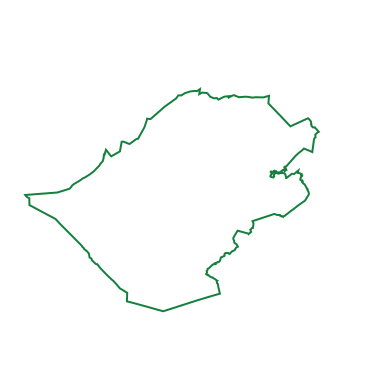 Ocuilan, México, Mexico (Natural Earth projection), rotated 233°
{"feature_id": "50627088B51709543913747", "entity_name": "Ocuilan", "entity_type": "district", "adm_level": 2, "iso_a3": "MEX", "parent_name": "Mexico", "parent_adm1": "México", "projection": "natural_earth1", "projection_center": [-99.429, 19.001], "detail": "fine", "context": "isolated", "style": "outline", "palette": "green", "viewbox_px": 384, "rotation_deg": 233, "n_neighbors": 0, "source": "geoboundaries", "source_scale": "gbopen_adm2", "svg_char_len": 5881}
<svg xmlns="http://www.w3.org/2000/svg" viewBox="0 0 384 384"><g transform="rotate(233 192 192)"><path d="M279.4,54.3L252.5,66.8L245.4,67.5L215.0,71.7L214.8,71.7L214.2,71.5L213.9,71.4L213.7,71.4L213.4,71.6L213.2,71.7L212.6,71.8L212.3,71.8L211.9,71.7L211.3,71.5L211.1,71.6L209.6,72.1L209.3,72.1L208.9,72.1L208.2,72.4L207.3,72.5L206.4,72.5L205.6,72.6L205.4,72.7L205.1,72.7L204.2,72.2L203.5,72.0L202.7,71.4L201.7,71.1L201.6,70.9L201.2,70.8L200.6,71.1L200.1,71.4L199.5,71.5L198.8,71.5L198.0,71.0L195.9,71.3L195.4,71.3L194.3,71.6L192.7,71.8L191.5,72.4L191.3,72.9L191.2,72.9L189.5,73.0L187.7,72.9L186.9,73.0L185.9,73.0L183.7,73.3L177.6,74.0L175.3,74.4L170.2,75.2L168.4,75.7L164.5,76.1L158.5,76.4L150.5,79.6L143.8,74.2L137.1,79.6L114.1,97.2L102.0,131.9L96.6,146.5L94.0,153.1L99.9,155.7L103.2,157.3L104.0,157.1L105.8,158.0L105.8,158.8L106.5,158.5L107.1,158.4L109.9,157.4L110.3,157.3L110.7,157.2L110.9,157.2L111.1,156.8L111.5,156.5L112.0,156.5L113.0,155.8L113.6,155.5L114.2,155.3L115.1,155.3L115.2,155.2L115.7,155.0L116.0,155.0L116.1,154.6L117.3,154.0L118.0,153.9L118.2,154.1L118.2,154.4L118.4,155.1L118.5,155.5L120.0,156.1L120.3,157.2L121.3,158.4L121.0,159.0L120.9,159.4L120.9,159.9L121.1,160.8L121.3,161.9L121.2,162.5L121.5,163.4L121.4,164.1L121.5,164.7L121.4,165.0L121.5,165.6L121.4,165.8L121.2,166.3L120.8,166.6L120.5,167.2L120.3,167.2L120.2,167.5L120.5,167.6L120.8,167.8L120.9,168.0L121.1,168.0L120.9,168.4L120.8,168.6L120.6,169.2L120.5,169.7L120.7,170.2L120.2,170.5L120.1,170.9L120.0,171.7L120.1,172.5L120.4,173.1L120.4,173.3L120.5,173.4L121.2,174.1L121.8,174.9L122.3,175.8L122.3,176.3L121.9,177.3L121.8,177.9L121.8,178.3L121.5,178.8L121.4,179.2L121.8,179.6L121.9,180.0L122.1,180.2L122.4,180.2L123.1,181.0L123.1,181.5L123.1,181.8L122.9,182.3L122.9,182.5L122.5,183.0L122.2,183.1L122.0,183.7L121.7,183.9L121.3,184.3L120.6,184.4L119.9,184.6L119.9,185.2L120.1,185.8L120.4,187.9L120.5,188.4L120.4,189.0L120.2,189.5L120.1,190.2L119.9,190.9L119.8,191.1L120.2,191.9L120.4,192.1L121.0,193.8L120.9,194.5L120.7,195.7L123.4,196.1L124.2,196.0L124.7,195.6L125.5,195.3L125.8,195.3L127.2,195.9L127.9,196.4L128.6,196.5L129.0,196.5L129.4,196.6L129.9,197.0L130.5,197.4L133.7,205.1L124.6,212.2L124.4,212.1L124.5,215.2L126.7,215.8L126.7,216.6L127.0,217.2L127.1,217.9L127.0,218.6L127.2,219.1L126.9,219.2L129.7,222.1L132.3,222.8L124.9,244.6L122.4,246.2L120.8,248.4L119.9,248.1L119.7,248.3L119.2,248.5L119.0,248.9L118.5,248.8L118.2,249.1L118.0,249.8L117.5,249.9L117.7,250.2L117.3,250.8L117.4,251.1L117.1,252.2L117.2,252.7L117.3,252.9L117.3,253.2L117.3,254.0L117.2,256.0L117.4,259.3L117.2,262.3L117.4,268.4L117.1,276.8L117.6,278.6L118.7,281.0L119.3,283.0L119.8,283.8L120.2,284.3L122.2,285.2L124.2,285.4L124.4,285.9L124.8,286.1L125.5,285.8L126.0,285.8L126.5,286.1L128.3,286.3L130.1,286.5L130.9,286.4L131.6,286.0L132.8,285.9L133.6,285.9L134.2,286.1L134.1,286.3L133.7,286.7L134.0,286.9L134.8,287.0L134.9,286.4L135.0,286.4L135.3,286.5L136.3,285.9L137.1,286.2L137.7,287.3L138.4,287.8L138.4,288.1L138.5,289.4L138.7,289.9L139.0,290.0L140.0,289.3L140.4,289.6L140.5,290.2L142.0,289.4L143.0,288.7L143.2,288.3L144.0,287.8L144.2,288.0L144.5,288.5L144.5,288.8L144.8,289.3L145.2,289.8L144.9,284.5L146.4,282.8L146.4,279.7L146.3,276.6L146.4,275.7L146.5,275.6L146.9,275.9L148.7,276.7L149.6,277.0L150.3,277.2L151.1,277.0L151.5,276.8L152.7,275.8L153.4,274.7L153.8,274.8L153.8,274.5L154.2,273.8L154.2,273.2L154.5,272.2L155.2,271.7L155.5,271.4L156.0,271.2L156.7,270.5L156.8,270.6L157.6,270.3L157.6,269.8L157.6,269.7L157.3,269.1L156.9,268.9L156.6,268.7L156.5,267.6L156.1,267.3L155.3,267.1L155.1,267.1L154.9,266.9L154.9,266.7L154.6,265.8L156.3,264.2L157.3,264.0L157.7,264.5L157.7,264.8L157.8,265.0L158.1,265.1L158.2,265.4L158.2,265.6L158.5,266.7L158.6,266.8L158.8,267.6L159.5,267.4L160.1,266.8L160.7,266.9L160.8,267.5L160.2,267.6L159.5,268.0L159.2,268.6L159.2,268.9L159.1,269.3L158.9,269.2L158.8,269.4L158.8,269.6L159.6,269.8L159.6,270.0L159.4,270.7L158.6,270.8L158.3,270.8L158.1,271.6L157.2,271.4L156.1,272.3L155.4,273.2L154.2,275.2L154.5,275.2L154.8,275.6L154.9,276.2L154.7,276.6L154.9,277.1L154.9,277.9L154.8,278.2L154.6,278.5L154.2,278.6L153.9,278.5L153.6,278.5L153.2,278.6L152.8,278.5L152.8,278.8L152.8,279.2L153.2,280.4L153.0,280.7L153.8,280.9L153.7,280.6L154.2,280.6L154.6,280.6L154.9,280.5L155.2,280.6L155.4,280.5L155.6,280.8L156.0,280.7L156.1,281.1L156.3,281.2L155.8,282.9L157.0,289.1L157.4,290.9L158.5,296.3L159.0,300.9L159.0,302.3L158.9,303.6L159.3,307.6L153.2,311.2L151.5,312.1L152.6,313.2L160.0,320.5L160.9,321.5L161.4,322.7L161.4,323.0L161.3,323.5L163.7,325.1L163.9,327.3L163.8,329.5L169.2,329.0L169.5,328.8L169.8,328.9L170.3,328.2L170.8,327.5L171.3,327.5L171.7,327.3L172.1,327.2L172.6,327.3L173.1,327.5L173.7,327.6L174.2,327.6L174.5,327.9L174.6,328.3L174.9,328.5L175.5,328.6L175.8,328.9L176.0,329.1L176.3,329.3L176.7,329.4L179.3,329.4L181.1,329.0L185.2,310.1L202.6,308.1L216.7,306.3L222.5,311.4L224.6,305.9L229.6,299.6L230.6,297.6L232.4,295.7L234.1,294.2L236.1,291.8L239.5,286.5L243.6,284.0L243.8,284.1L244.0,284.0L244.8,282.0L244.8,281.4L245.0,281.2L244.9,280.5L245.2,279.6L245.3,278.3L245.3,278.1L245.6,278.1L245.7,278.3L245.6,279.5L246.0,279.7L248.7,275.2L249.9,268.7L252.2,268.3L253.6,265.9L257.2,263.9L261.6,263.7L262.4,263.1L265.3,259.9L265.8,256.7L269.4,260.3L269.5,256.8L271.3,254.7L273.3,251.2L275.2,246.0L275.6,241.5L277.4,239.3L276.2,235.3L276.3,234.4L276.6,221.6L275.2,202.8L277.6,200.2L276.0,198.4L272.3,192.9L267.0,181.0L267.8,179.3L267.9,171.3L268.1,170.9L270.0,169.6L272.9,168.0L273.6,167.3L274.5,166.1L267.8,158.9L269.1,148.9L277.5,148.7L274.7,145.0L275.2,145.0L274.8,144.1L272.8,142.2L272.6,142.2L270.3,139.2L269.8,136.7L269.6,135.5L268.9,134.1L267.6,126.0L267.6,125.8L267.6,120.4L268.0,115.9L268.6,112.8L268.6,109.3L269.4,102.4L269.3,100.1L268.6,98.0L268.3,96.2L272.6,84.2L290.0,57.0L288.7,57.0L287.5,57.2L286.8,57.4L284.9,58.3L279.4,54.3Z" fill="none" stroke="#15803d" stroke-width="2"/></g></svg>